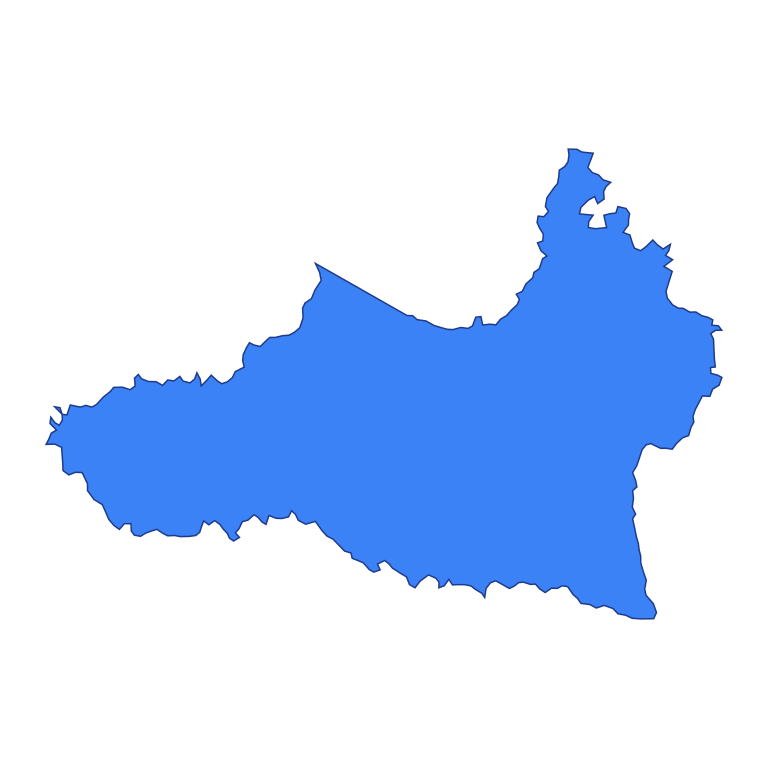 outline of Curiúva, Paraná, Brazil
{"feature_id": "56859067B60158173391359", "entity_name": "Curiúva", "entity_type": "district", "adm_level": 2, "iso_a3": "BRA", "parent_name": "Brazil", "parent_adm1": "Paraná", "projection": "albers", "projection_center": [-50.47, -23.991], "detail": "fine", "context": "isolated", "style": "filled", "palette": "blue", "viewbox_px": 768, "rotation_deg": 0, "n_neighbors": 0, "source": "geoboundaries", "source_scale": "gbopen_adm2", "svg_char_len": 4313}
<svg xmlns="http://www.w3.org/2000/svg" viewBox="0 0 768 768"><path d="M62.1,414.3L62.4,420.0L59.3,425.3L54.9,422.7L50.8,417.2L50.0,423.4L56.5,430.1L51.3,433.1L48.9,439.0L46.1,444.4L54.8,444.1L61.6,447.4L62.1,454.2L62.8,463.9L63.0,470.6L68.9,474.9L75.4,472.3L82.2,472.6L87.5,483.8L87.5,490.6L94.0,499.5L102.4,504.7L105.2,511.0L108.8,519.4L114.0,525.5L119.4,529.4L124.4,523.6L131.0,523.8L131.3,531.1L134.4,535.2L140.5,536.3L145.7,533.1L150.7,531.3L156.9,529.3L162.8,533.3L167.7,535.8L174.6,535.5L180.4,536.6L189.1,536.4L195.8,535.5L199.7,532.3L201.6,526.4L203.7,520.9L208.8,524.8L214.7,520.6L220.0,524.5L223.1,528.9L227.3,533.4L229.5,538.2L233.6,541.0L239.5,537.4L235.4,532.9L239.0,528.7L242.3,521.7L248.0,520.1L254.0,514.7L258.1,517.4L261.9,521.9L266.0,524.4L268.9,515.5L276.3,518.3L281.9,518.5L288.5,516.9L291.6,510.8L295.5,514.4L298.3,520.3L305.7,524.2L315.4,521.4L322.0,530.6L326.9,536.0L333.1,539.2L344.6,551.1L351.0,553.0L352.2,558.3L356.6,560.0L363.3,562.8L369.3,569.6L373.7,572.1L380.1,569.9L377.5,564.0L384.7,560.5L389.1,564.0L392.4,568.1L400.8,573.5L406.5,576.9L409.5,584.6L415.0,587.8L420.0,581.2L428.5,574.9L435.9,578.2L439.0,582.1L438.9,587.8L444.3,585.7L448.8,579.3L452.5,584.9L458.1,584.6L465.1,584.7L471.1,586.0L475.4,589.4L481.9,593.3L484.7,597.5L486.0,588.5L490.4,582.8L495.7,580.8L503.1,584.9L509.5,588.5L514.4,586.0L518.5,582.7L523.2,582.1L530.4,584.4L535.5,584.1L539.9,589.1L545.2,592.5L551.4,588.2L557.3,588.4L562.1,585.8L567.6,586.6L573.3,594.8L577.5,598.4L581.0,603.4L589.8,604.5L596.3,608.0L604.3,605.4L613.1,608.6L618.0,613.8L625.5,615.2L632.2,618.3L641.1,618.9L653.7,618.7L656.5,612.5L653.4,603.8L646.0,595.2L644.7,589.0L646.3,580.2L643.2,571.3L640.7,562.7L640.7,556.1L639.1,549.8L638.3,543.3L636.3,536.4L634.5,527.3L632.6,518.7L635.6,514.2L632.3,507.1L633.5,498.2L632.6,490.6L636.9,487.0L635.6,480.3L632.6,472.7L636.7,465.8L639.0,459.2L642.1,449.7L646.1,444.9L650.8,443.6L660.6,448.3L666.5,448.3L672.2,449.2L676.6,443.4L682.5,437.8L688.6,435.6L690.9,427.6L693.8,422.1L693.0,416.3L695.3,409.5L698.9,402.7L702.3,396.0L709.9,396.3L712.6,389.1L719.1,385.2L721.9,377.4L717.5,375.1L710.9,373.4L710.5,367.5L715.3,367.0L714.5,360.0L714.0,350.7L713.5,339.1L710.7,333.6L715.6,330.3L721.7,330.2L718.4,325.8L711.8,325.2L712.8,319.9L708.1,317.4L701.8,315.7L695.9,312.0L689.7,312.1L683.4,308.4L678.2,308.1L672.6,304.9L667.3,298.1L666.0,291.3L668.8,282.2L672.2,271.4L663.9,266.4L672.6,259.7L665.5,255.4L668.8,250.7L670.4,244.3L663.2,249.0L657.3,244.8L652.8,240.0L646.3,246.4L640.7,250.7L634.5,248.2L632.5,243.4L629.9,235.0L623.0,232.4L628.4,225.1L628.6,219.2L629.6,213.7L626.1,208.5L617.9,206.6L615.9,213.0L610.0,213.7L603.9,215.3L606.6,227.6L595.6,228.7L588.4,227.6L588.7,221.7L593.1,215.1L585.8,214.5L579.5,213.9L580.9,207.4L588.2,200.2L594.6,196.6L597.7,203.6L604.1,199.0L603.6,191.5L606.1,186.5L610.7,182.3L603.0,179.8L598.5,174.9L592.4,172.7L587.8,167.5L591.4,158.1L593.2,153.2L586.8,152.6L581.6,152.0L577.0,149.3L568.2,149.1L569.0,155.1L568.0,161.8L564.7,166.6L559.3,170.2L558.7,177.0L557.5,183.6L554.2,187.5L551.0,192.0L547.0,197.7L545.4,206.5L548.5,211.4L543.9,216.7L538.1,216.1L537.1,222.6L539.8,228.5L543.3,234.0L542.8,241.0L537.5,242.8L541.0,250.8L546.9,256.0L542.6,258.7L541.0,263.7L539.2,268.8L533.9,272.4L532.8,277.7L526.0,283.9L522.2,291.4L516.3,294.2L519.4,299.3L517.3,304.6L511.7,309.8L506.3,315.8L500.6,319.1L496.0,324.8L489.8,324.2L482.7,325.0L480.9,316.6L475.8,317.2L472.5,325.9L468.1,328.4L460.7,327.5L453.0,329.6L447.4,329.3L441.8,327.8L434.1,325.5L425.9,320.9L417.2,319.7L412.6,315.7L407.0,315.5L315.5,263.5L319.6,272.4L321.2,280.5L315.0,290.0L311.4,298.7L305.0,303.0L302.6,308.2L303.1,317.8L299.8,327.7L294.3,332.4L288.9,335.2L282.6,335.7L275.4,337.4L269.8,337.4L264.9,341.9L260.3,346.5L253.9,345.0L249.5,342.7L246.4,347.8L243.2,354.8L242.7,360.7L244.2,367.1L235.3,371.6L232.5,377.5L227.3,381.9L221.7,383.7L217.6,381.1L211.2,375.2L206.4,380.7L201.2,385.9L200.2,379.1L196.9,372.8L194.6,379.1L190.0,382.9L183.1,381.1L179.8,376.4L174.1,380.9L167.7,380.0L162.6,385.4L156.1,381.7L148.3,381.5L141.6,378.8L138.3,374.5L134.5,378.2L135.2,386.0L130.1,389.7L122.5,387.2L113.7,387.4L110.2,391.6L103.5,396.9L96.4,404.6L91.8,407.1L85.9,405.4L80.3,407.1L70.3,405.0L67.0,414.9L62.1,414.3ZM62.1,414.3L60.0,407.7L54.7,406.8L62.1,414.3Z" fill="#3b82f6" stroke="#1e3a8a" stroke-width="1.5"/></svg>